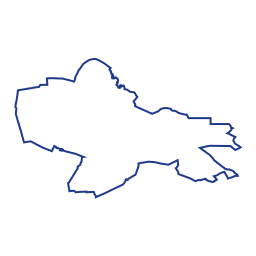 Brīvzemnieku pag., Alojas, Latvia
{"feature_id": "27541924B63069620149492", "entity_name": "Brīvzemnieku pag.", "entity_type": "district", "adm_level": 2, "iso_a3": "LVA", "parent_name": "Latvia", "parent_adm1": "Alojas", "projection": "equal_earth", "projection_center": [24.973, 57.673], "detail": "fine", "context": "isolated", "style": "outline", "palette": "blue", "viewbox_px": 256, "rotation_deg": 0, "n_neighbors": 0, "source": "geoboundaries", "source_scale": "gbopen_adm2", "svg_char_len": 5185}
<svg xmlns="http://www.w3.org/2000/svg" viewBox="0 0 256 256"><path d="M24.1,142.4L30.0,141.4L30.5,141.4L30.9,141.5L31.2,141.6L42.7,147.6L51.8,151.2L54.3,146.0L56.3,147.2L56.2,147.6L56.3,147.8L57.5,148.3L57.9,148.0L59.8,149.0L60.8,149.0L60.5,149.5L60.1,150.3L62.1,150.7L63.0,150.5L62.7,150.0L62.1,149.3L62.3,149.2L63.2,149.9L63.9,150.8L64.8,151.0L65.8,151.5L67.5,151.8L73.3,153.3L74.5,153.5L75.8,153.9L79.7,155.5L83.4,156.9L82.1,157.1L81.4,161.9L80.6,163.1L80.5,163.8L80.1,165.0L78.7,165.8L77.6,166.7L77.8,168.0L77.7,168.4L75.6,171.6L72.4,176.9L69.3,181.9L69.0,182.3L68.3,183.4L68.1,183.4L69.4,191.0L69.5,191.2L69.9,191.1L70.6,191.0L73.5,190.8L74.2,190.8L75.7,192.3L79.5,191.9L86.6,191.6L86.6,192.3L90.6,192.0L91.5,192.0L93.7,191.9L94.1,192.8L94.5,194.1L95.1,195.0L95.9,196.1L96.0,196.2L96.1,196.5L96.0,197.1L100.9,194.9L103.2,194.0L106.2,192.6L108.7,191.3L123.0,184.5L125.3,181.4L126.1,179.9L126.5,179.9L125.9,179.4L126.0,179.3L126.9,179.7L127.4,179.4L134.2,175.4L135.6,174.6L138.6,166.0L138.5,164.3L138.5,163.4L148.3,161.7L154.1,162.1L156.4,162.5L159.7,163.4L168.5,164.7L177.6,160.2L178.2,165.2L176.3,167.9L175.8,168.2L178.1,171.9L178.4,174.0L190.0,178.3L195.5,181.2L198.7,179.9L199.9,180.3L202.8,179.5L205.4,178.7L205.6,178.8L205.4,179.3L206.0,179.7L206.9,179.9L207.0,179.9L206.9,179.9L207.1,180.0L207.2,180.3L207.4,180.5L207.5,180.7L207.9,180.8L208.7,180.9L209.0,181.0L209.3,181.3L210.3,181.3L210.5,181.4L210.6,181.5L210.8,181.6L211.3,181.8L211.5,181.8L212.0,181.8L212.7,181.9L213.0,182.0L214.2,181.5L214.5,181.3L214.5,180.9L216.8,179.7L215.4,177.9L214.0,176.2L216.8,175.4L220.5,173.1L222.4,172.4L224.4,171.8L225.7,174.3L226.5,175.5L226.9,176.4L227.3,177.0L227.5,177.5L227.8,178.5L228.1,178.5L231.5,177.4L233.4,176.7L234.3,176.1L237.8,175.8L237.1,174.5L234.4,172.7L234.1,171.8L233.7,171.4L233.3,171.2L231.1,170.2L229.2,169.4L227.1,169.6L226.9,169.5L226.3,169.0L226.1,168.9L225.4,168.9L224.6,168.6L224.5,168.4L224.3,168.0L224.2,167.8L223.2,167.3L222.2,166.6L218.3,163.4L217.3,162.9L216.6,162.3L216.4,161.9L216.0,161.6L215.1,161.1L214.5,160.6L214.2,160.3L213.2,158.8L212.6,158.0L209.5,154.7L207.6,153.4L200.0,147.9L202.3,147.4L207.8,146.1L209.9,145.8L218.4,145.9L228.5,146.0L230.4,146.1L230.7,146.2L231.4,146.8L235.3,150.0L238.3,148.6L240.6,147.3L238.7,145.9L237.6,145.3L236.6,144.6L235.6,144.0L235.4,143.9L235.0,143.4L233.5,141.2L233.5,139.9L233.9,138.7L235.3,137.0L230.6,134.7L229.9,134.2L227.5,133.2L228.3,132.8L229.5,131.7L231.2,130.0L231.8,128.7L231.6,128.5L232.6,128.1L231.3,127.4L230.1,125.2L229.0,124.1L216.7,124.0L210.6,124.1L210.6,118.1L188.5,118.1L186.8,114.6L185.3,114.7L182.0,113.9L178.3,112.8L178.0,112.7L176.6,111.5L174.7,110.8L174.4,110.7L173.0,110.8L172.6,110.7L172.3,110.6L172.0,110.5L171.3,109.9L171.2,109.8L171.0,109.3L171.0,109.2L170.9,109.2L170.5,108.8L169.4,108.6L168.7,108.4L167.2,108.1L166.7,108.1L166.4,108.2L164.8,108.0L163.4,108.3L160.9,108.9L160.8,109.0L158.4,111.2L158.2,111.3L153.3,113.3L152.5,113.7L151.6,113.6L151.5,113.4L149.8,112.8L149.2,112.5L148.1,112.0L135.5,106.4L135.2,106.2L135.0,105.9L135.2,105.2L135.3,104.8L135.3,104.6L135.0,103.9L134.8,103.6L133.8,101.8L133.6,101.5L133.6,101.4L134.1,100.9L135.2,99.5L135.5,99.2L135.9,98.7L137.1,97.3L137.3,96.9L137.3,96.7L137.2,96.6L136.8,96.2L136.3,95.7L134.8,93.0L134.0,92.3L133.7,92.2L131.9,92.1L130.2,91.8L129.7,91.6L129.4,91.1L127.7,90.2L127.2,89.8L126.4,89.4L125.0,89.3L124.6,89.2L124.5,88.9L124.5,88.4L124.4,87.6L124.4,87.3L124.2,86.8L124.0,86.3L123.9,85.8L123.7,85.7L123.1,85.5L122.7,85.7L122.4,85.9L122.1,86.2L122.0,86.3L121.8,86.3L121.7,86.3L121.5,86.2L121.4,86.1L121.3,85.5L121.1,85.3L120.9,85.3L120.5,85.2L120.2,85.3L119.9,85.7L120.4,87.4L120.4,87.5L120.2,87.7L120.0,87.8L118.8,87.9L118.6,87.9L118.2,87.5L118.1,87.3L118.0,86.9L117.9,86.7L117.7,86.1L117.6,85.8L116.8,85.2L116.5,85.0L116.4,84.8L116.5,84.6L117.0,84.0L117.5,83.6L117.6,83.4L117.6,83.0L117.1,82.5L117.0,82.3L117.0,82.1L117.7,81.6L117.8,81.6L117.8,81.3L118.0,80.6L118.1,80.2L117.9,79.3L117.4,78.8L116.4,78.2L116.5,77.7L116.2,77.5L115.9,77.4L115.6,77.4L115.2,77.6L114.3,78.2L113.9,78.5L113.6,78.5L112.5,78.3L112.3,78.3L112.2,78.2L112.2,77.8L112.1,77.4L112.0,77.0L112.0,76.9L113.3,76.7L113.4,75.9L113.3,75.5L113.1,75.4L112.7,75.2L112.2,75.2L112.1,74.7L112.5,74.3L112.5,74.1L112.3,74.0L111.4,73.9L111.2,73.7L111.4,72.9L111.1,72.5L110.9,72.2L110.9,71.9L111.1,71.6L111.1,71.4L110.4,70.9L110.0,70.3L109.7,70.0L109.5,69.7L109.4,69.5L109.5,69.3L109.9,69.0L109.8,68.8L110.0,68.3L110.2,68.1L110.5,67.9L109.9,67.5L105.0,63.9L104.2,63.3L99.2,60.4L96.8,59.4L95.5,58.9L95.3,59.0L95.1,59.0L92.4,59.2L89.7,59.8L88.9,60.2L86.4,61.7L83.0,64.2L82.2,65.5L80.0,68.8L78.6,70.3L77.6,72.7L76.8,74.4L75.8,76.0L75.4,77.1L75.1,77.9L75.3,78.5L74.1,81.6L70.0,80.4L62.8,78.6L57.0,78.4L52.9,78.2L48.1,78.3L46.9,78.4L47.2,82.2L47.3,84.9L45.5,84.8L41.5,84.9L40.3,84.9L39.1,86.9L32.9,87.8L31.1,88.2L27.3,88.7L27.3,88.8L26.7,88.9L19.2,90.1L18.0,90.3L17.7,91.9L17.8,92.2L17.3,95.5L16.1,102.8L15.9,103.0L16.0,103.1L15.7,104.8L15.4,106.8L15.4,107.1L15.5,107.2L16.2,108.0L16.3,108.2L16.4,108.5L15.8,113.7L18.4,123.0L18.5,123.0L19.7,127.1L20.2,129.0L20.4,129.3L20.8,130.6L22.4,136.6L22.7,137.6L23.8,141.6L24.1,142.4Z" fill="none" stroke="#1e3a8a" stroke-width="2"/></svg>